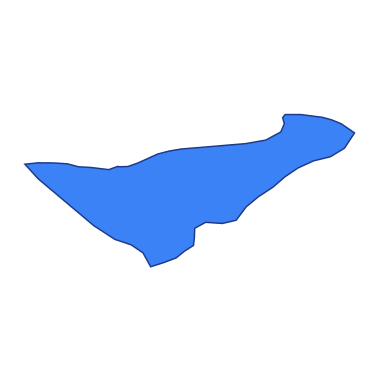 SVG path tracing the border of Tutong, rotated 267°
{"feature_id": "BRN-1184", "entity_name": "Tutong", "entity_type": "District", "adm_level": 1, "iso_a3": "BRN", "parent_name": "Brunei", "parent_adm1": "", "projection": "equal_earth", "projection_center": [114.706, 4.599], "detail": "fine", "context": "isolated", "style": "filled", "palette": "blue", "viewbox_px": 384, "rotation_deg": 267, "n_neighbors": 0, "source": "natural_earth", "source_scale": "10m", "svg_char_len": 787}
<svg xmlns="http://www.w3.org/2000/svg" viewBox="0 0 384 384"><g transform="rotate(267 192 192)"><path d="M221.5,119.5L221.0,120.2L220.8,129.3L223.8,139.5L231.8,159.9L234.1,171.4L235.5,183.6L237.5,248.2L240.0,268.4L247.3,283.8L255.4,287.8L261.5,286.4L264.5,289.1L263.6,305.0L259.8,325.9L256.8,335.1L252.3,344.6L242.5,357.4L242.3,357.3L241.4,356.6L227.7,346.5L220.0,332.1L216.8,315.2L210.4,299.0L202.5,285.9L192.5,272.9L183.7,257.9L174.3,245.3L161.5,234.6L159.0,220.8L161.0,204.0L155.6,192.8L146.2,192.0L138.6,190.7L133.3,181.4L127.0,172.7L123.0,160.1L119.5,146.8L133.8,139.9L142.4,128.5L148.7,112.5L163.5,92.2L213.1,39.2L228.5,26.6L229.2,39.6L228.3,54.8L226.7,68.9L223.1,80.1L221.8,92.2L218.7,110.0L221.5,119.3L221.5,119.5Z" fill="#3b82f6" stroke="#1e3a8a" stroke-width="1.5"/></g></svg>